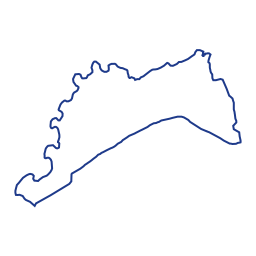 outline of Nianija, Central River, Gambia
{"feature_id": "56634734B85088174381509", "entity_name": "Nianija", "entity_type": "district", "adm_level": 2, "iso_a3": "GMB", "parent_name": "Gambia", "parent_adm1": "Central River", "projection": "natural_earth1", "projection_center": [-15.106, 13.716], "detail": "fine", "context": "isolated", "style": "outline", "palette": "blue", "viewbox_px": 256, "rotation_deg": 0, "n_neighbors": 0, "source": "geoboundaries", "source_scale": "gbopen_adm2", "svg_char_len": 4068}
<svg xmlns="http://www.w3.org/2000/svg" viewBox="0 0 256 256"><path d="M210.5,54.5L208.9,53.3L207.6,53.3L206.7,53.6L205.2,53.6L205.1,54.4L204.2,54.4L203.6,56.0L203.0,56.0L202.4,55.2L203.2,53.7L202.9,52.9L203.3,51.6L199.8,50.1L196.9,50.1L195.3,52.2L194.5,54.4L193.4,55.2L192.0,56.1L188.0,59.0L185.0,60.4L181.4,61.9L178.9,62.0L178.0,62.9L176.8,64.0L173.2,65.7L172.8,65.8L170.5,65.6L168.5,63.4L167.2,62.9L166.8,63.2L164.0,65.7L161.1,67.4L160.8,67.6L158.0,68.8L157.6,69.0L155.4,69.4L153.5,69.5L152.3,69.7L150.2,71.0L143.9,75.9L143.6,76.2L140.8,77.4L139.4,79.1L137.3,79.1L135.1,79.9L134.3,78.3L131.5,77.2L130.6,77.6L130.0,78.0L129.5,78.0L129.3,77.7L129.2,77.6L128.6,76.8L128.5,75.3L127.8,73.3L127.4,70.6L126.8,69.9L125.7,69.5L124.9,69.2L122.7,68.2L120.5,67.9L119.1,67.3L118.1,66.8L117.6,66.5L115.8,64.3L114.9,63.8L111.4,63.9L109.8,64.6L108.5,65.5L108.7,67.3L108.8,69.4L108.5,70.7L106.5,71.8L104.3,71.8L102.0,70.6L101.0,69.5L100.2,68.1L99.6,64.6L95.9,61.6L94.3,61.6L93.3,62.6L92.4,64.5L91.5,67.7L92.4,70.2L92.4,71.7L92.4,72.2L90.2,74.2L88.8,74.9L87.8,75.3L87.0,77.2L86.3,78.1L83.1,78.4L82.2,78.3L81.4,77.1L80.5,74.7L79.0,74.0L76.6,74.2L75.3,74.3L73.2,78.7L73.1,78.9L73.1,79.5L73.5,82.0L76.1,85.7L77.2,86.0L78.5,87.1L78.5,88.0L77.6,90.1L76.7,91.1L74.2,92.5L73.5,93.3L72.8,94.6L72.3,97.0L72.2,97.3L72.0,98.4L70.9,100.1L68.4,101.3L66.5,101.3L65.5,100.6L64.4,100.6L62.0,102.5L60.5,104.5L59.8,106.3L58.6,109.4L58.8,110.2L61.2,111.6L61.7,112.0L62.6,113.5L62.5,116.1L60.9,118.6L60.3,119.5L59.7,120.4L58.4,120.4L56.3,118.1L55.1,118.1L52.6,119.2L50.9,121.4L50.7,123.5L50.5,125.2L50.5,126.7L51.2,128.0L52.1,128.3L54.7,126.9L55.4,126.9L56.0,126.9L56.6,127.3L57.4,128.0L57.7,128.5L58.1,129.3L58.3,130.1L59.3,134.5L59.4,135.9L59.4,137.3L58.6,140.1L58.0,141.5L58.0,142.2L58.8,142.7L59.3,143.5L59.0,147.5L58.3,148.0L57.1,148.4L55.8,147.9L54.8,146.9L53.0,145.2L48.2,145.8L47.5,146.3L46.2,147.9L45.7,148.8L44.9,152.1L44.4,154.0L44.6,155.2L44.6,157.1L44.6,157.6L44.7,157.8L45.3,158.2L46.1,158.2L47.0,157.8L48.1,157.7L48.8,157.8L49.3,158.1L49.8,158.5L50.8,159.6L51.6,161.6L52.1,168.4L51.6,169.9L50.3,172.1L48.3,174.3L46.7,175.7L42.9,177.1L39.6,179.5L38.1,181.0L35.2,180.7L34.4,180.7L33.2,178.8L33.8,175.9L32.6,174.5L31.7,174.2L30.1,173.9L28.7,174.3L26.6,175.3L23.0,177.8L20.2,181.2L19.1,182.6L16.9,185.0L16.1,187.9L15.4,190.8L15.4,192.8L15.9,194.9L17.4,195.0L19.6,194.8L22.7,196.0L24.5,198.7L25.8,199.9L30.2,201.9L30.7,202.4L34.7,205.9L36.0,203.4L46.9,197.3L50.5,195.3L66.0,185.9L69.3,183.9L71.3,181.4L71.5,174.4L71.8,173.6L80.3,168.7L81.5,167.8L83.5,166.3L85.0,164.8L86.6,163.8L88.0,162.8L89.7,161.7L91.7,160.2L92.4,159.6L92.5,159.5L93.9,158.4L96.1,156.8L97.4,155.5L98.2,154.7L100.3,153.9L101.4,152.9L102.8,152.3L106.8,150.2L110.9,148.2L112.5,147.6L114.3,146.6L115.7,145.6L115.9,145.4L117.8,143.7L121.2,141.9L122.8,140.1L124.1,139.3L127.0,137.4L129.2,135.8L134.9,133.4L135.3,133.1L136.1,132.7L137.1,132.2L140.4,130.5L141.7,129.9L147.5,127.0L149.9,125.2L153.7,123.3L156.1,123.0L157.8,122.2L158.8,122.0L161.3,120.5L169.6,118.7L172.8,117.8L177.5,116.7L177.8,116.7L179.1,116.7L181.6,116.7L183.9,117.4L188.4,120.0L188.5,120.2L189.1,120.8L190.1,121.9L201.0,128.9L201.9,129.3L205.5,130.8L206.6,131.2L206.6,131.3L208.5,132.0L209.1,132.2L219.5,137.8L220.4,138.3L223.8,140.6L229.7,143.6L230.6,143.6L232.1,143.9L232.4,144.0L232.5,144.0L236.0,143.8L237.7,143.0L237.8,142.9L239.1,142.7L240.5,142.4L240.6,142.0L240.6,141.8L240.6,141.2L240.6,140.9L240.5,140.5L240.5,140.2L240.4,140.1L240.4,139.8L239.6,136.1L239.6,135.8L239.2,132.3L233.8,129.2L233.2,125.8L236.3,122.5L236.3,120.9L235.4,118.7L234.8,113.9L234.7,113.6L234.7,113.4L234.5,111.9L233.8,109.4L233.8,105.8L233.8,103.8L233.8,102.7L233.1,100.7L232.5,98.5L230.3,96.5L229.2,95.7L226.7,88.9L222.7,79.7L221.8,79.4L220.5,79.0L215.9,80.2L213.3,80.2L213.0,79.6L212.4,78.2L212.2,74.3L211.6,73.6L211.0,72.6L210.6,71.6L210.5,71.2L210.4,70.6L210.3,69.7L210.1,69.1L209.9,68.1L209.8,67.1L209.8,66.1L209.8,65.4L209.8,64.6L209.7,63.9L209.6,63.4L209.2,62.8L208.4,62.3L208.4,61.2L208.7,59.9L209.5,57.2L210.5,54.5Z" fill="none" stroke="#1e3a8a" stroke-width="2"/></svg>